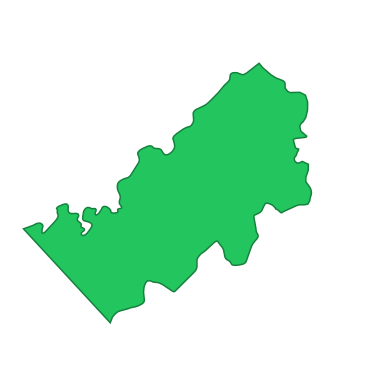 map outline of Bafatá (Robinson projection), rotated 227°
{"feature_id": "GNB-776", "entity_name": "Bafatá", "entity_type": "Region", "adm_level": 1, "iso_a3": "GNB", "parent_name": "Guinea-Bissau", "parent_adm1": "", "projection": "robinson", "projection_center": [-14.664, 12.138], "detail": "fine", "context": "isolated", "style": "filled", "palette": "green", "viewbox_px": 384, "rotation_deg": 227, "n_neighbors": 0, "source": "natural_earth", "source_scale": "10m", "svg_char_len": 4425}
<svg xmlns="http://www.w3.org/2000/svg" viewBox="0 0 384 384"><g transform="rotate(227 192 192)"><path d="M152.1,43.0L171.5,43.1L257.2,43.5L280.0,43.6L276.1,52.7L275.0,56.6L274.0,58.4L272.8,59.7L271.5,60.2L270.2,60.3L269.1,60.0L268.3,59.1L266.9,56.8L265.1,55.1L264.2,54.5L263.3,55.0L262.9,57.0L264.0,72.6L264.8,76.2L265.5,77.4L266.4,78.3L268.8,79.3L270.4,81.1L271.4,81.5L272.2,81.6L272.7,82.8L272.4,84.8L271.1,88.5L270.2,90.4L269.3,91.6L268.8,92.0L268.4,92.2L267.7,92.3L266.6,92.1L266.1,91.8L265.4,91.2L263.7,89.4L262.8,88.6L261.6,88.1L260.3,88.1L259.1,88.6L258.2,89.4L255.4,92.6L254.7,93.2L253.7,93.6L252.7,93.5L251.9,92.9L251.5,92.3L250.7,89.9L249.8,89.1L248.6,88.8L246.0,89.2L244.6,89.2L243.6,88.7L242.9,87.8L242.2,87.2L241.7,87.0L239.7,87.9L238.5,88.1L237.6,87.6L237.3,86.4L237.6,84.6L237.5,83.2L236.4,82.1L235.2,82.2L234.2,82.8L233.6,84.6L233.4,87.1L234.2,92.0L234.9,94.5L235.9,96.2L236.9,96.8L238.3,96.8L239.5,96.4L240.7,95.9L244.0,93.8L245.1,93.3L246.2,93.4L247.2,94.0L248.1,94.8L251.3,98.9L252.0,100.2L252.4,101.6L252.5,103.3L252.0,104.9L250.6,106.4L249.3,106.8L248.0,107.5L247.2,108.3L246.5,109.4L245.6,110.0L244.7,109.9L243.8,109.2L242.7,106.9L242.1,106.2L241.5,105.9L240.6,106.2L240.1,107.3L240.0,109.2L241.1,114.0L241.7,115.3L241.9,116.3L241.8,117.2L240.9,118.5L239.8,119.3L238.5,119.8L237.0,120.1L235.6,120.2L234.3,120.1L232.4,119.0L231.5,119.2L230.6,119.8L229.7,120.7L228.9,121.7L228.2,122.8L228.0,123.8L228.3,124.7L229.4,125.2L230.0,125.9L229.6,127.2L229.0,128.1L228.6,128.6L228.4,129.0L228.4,129.6L228.8,130.2L232.9,131.0L233.9,131.7L234.8,132.6L236.2,134.9L237.0,135.9L238.0,136.7L239.1,137.3L243.2,138.7L244.3,139.1L246.3,140.5L248.1,142.4L248.8,143.5L249.2,145.1L249.2,147.0L248.4,150.2L247.7,152.0L246.3,154.7L246.0,156.4L246.1,158.6L249.9,173.0L250.3,173.8L250.8,174.6L251.5,175.5L252.5,176.2L253.6,176.9L256.1,177.9L257.2,178.6L257.9,179.6L258.2,181.8L257.6,185.1L255.6,191.1L254.0,193.2L252.5,194.0L251.3,193.9L250.1,194.1L249.1,194.7L246.4,197.2L245.4,197.8L244.3,198.2L243.1,198.1L240.1,197.5L238.8,197.5L237.5,197.8L236.4,198.9L235.6,200.5L235.1,203.6L235.2,206.0L236.0,208.7L236.9,210.1L238.0,211.1L240.0,212.4L243.6,214.2L244.5,214.9L245.2,217.1L245.1,220.7L244.0,228.4L243.1,231.7L242.2,233.7L241.7,234.3L241.3,235.5L241.2,237.1L241.9,239.8L242.6,241.1L243.6,242.3L248.5,246.3L249.3,247.3L249.7,248.9L249.6,251.1L246.7,260.4L246.3,262.8L246.2,266.0L246.7,278.6L248.0,288.7L248.0,293.9L248.4,295.7L249.1,297.1L250.8,298.9L251.6,299.9L251.9,301.3L251.5,302.9L249.7,305.2L248.3,306.4L244.4,308.3L243.4,309.0L242.6,309.8L241.7,313.5L240.4,328.9L234.9,328.5L223.8,329.7L218.4,331.1L211.5,334.4L209.4,334.7L207.8,334.0L205.0,331.5L204.2,330.9L200.2,330.6L197.8,331.6L191.3,338.9L185.5,341.0L178.8,337.8L172.8,332.0L168.8,325.8L167.6,321.2L167.6,318.1L166.6,315.6L162.3,313.1L154.6,314.0L154.3,312.6L160.4,304.5L161.3,302.3L160.3,301.2L154.2,298.0L153.2,297.9L152.1,298.4L150.7,299.3L150.0,298.3L149.2,295.9L147.8,293.5L147.4,291.3L146.6,289.4L144.4,288.2L141.8,288.5L140.2,290.0L139.2,293.5L132.9,296.0L128.5,291.7L125.2,285.4L121.9,282.3L114.7,281.3L112.6,280.6L109.8,278.7L108.4,276.8L107.2,274.6L105.2,272.0L104.1,268.4L106.3,265.1L109.4,261.9L110.9,258.7L115.4,245.2L115.6,243.5L116.6,242.8L120.2,242.6L122.6,241.8L122.6,241.7L123.4,241.9L126.1,242.1L128.7,241.5L130.0,240.9L131.1,240.3L132.1,239.7L132.9,239.1L133.2,238.6L133.4,237.8L133.3,236.8L132.7,235.0L131.1,231.1L130.7,229.8L130.7,229.2L130.7,227.4L131.2,225.5L132.1,223.0L132.5,221.6L131.7,220.3L121.9,214.0L120.6,212.9L118.6,211.8L115.9,211.1L114.8,210.4L114.0,209.4L113.6,208.0L112.7,201.2L111.7,198.5L104.1,183.9L104.0,182.2L104.4,180.2L106.3,177.0L108.6,173.9L109.5,173.0L110.5,172.2L111.5,171.7L112.7,171.8L114.0,172.1L115.3,172.3L116.6,172.1L117.8,171.7L119.1,171.3L120.3,171.3L121.2,171.5L122.0,171.8L128.4,175.7L129.6,176.1L131.1,176.4L135.7,176.7L138.4,177.2L139.4,176.4L139.9,174.1L140.0,161.4L140.7,156.1L140.2,152.3L139.5,150.1L138.5,148.9L133.9,144.6L133.2,143.6L132.6,142.4L132.1,140.9L131.9,139.2L131.0,112.2L131.4,110.7L132.6,110.1L144.3,107.4L148.1,105.9L149.2,105.1L152.1,102.6L153.2,101.9L154.5,101.4L155.6,100.8L156.5,100.0L157.2,98.8L157.5,97.4L156.7,95.0L156.0,93.5L155.4,92.5L154.8,91.6L151.6,88.1L145.5,83.5L144.7,82.6L144.2,81.0L144.3,78.7L145.7,74.4L146.8,72.1L149.2,68.2L150.3,65.5L154.1,58.3L154.7,56.9L155.2,55.0L155.2,51.8L154.8,48.6L152.1,43.0Z" fill="#22c55e" stroke="#15803d" stroke-width="1.5"/></g></svg>